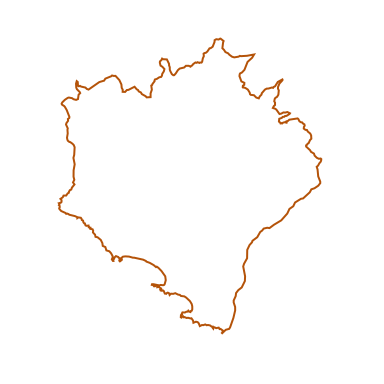 Nasca, Ica, Peru (Albers equal-area conic projection), rotated 348°
{"feature_id": "86281439B61745843991716", "entity_name": "Nasca", "entity_type": "district", "adm_level": 2, "iso_a3": "PER", "parent_name": "Peru", "parent_adm1": "Ica", "projection": "albers", "projection_center": [-75.123, -14.994], "detail": "fine", "context": "isolated", "style": "outline", "palette": "amber", "viewbox_px": 384, "rotation_deg": 348, "n_neighbors": 0, "source": "geoboundaries", "source_scale": "gbopen_adm2", "svg_char_len": 5921}
<svg xmlns="http://www.w3.org/2000/svg" viewBox="0 0 384 384"><g transform="rotate(348 192 192)"><path d="M288.1,227.0L290.6,223.7L297.2,221.3L299.3,221.4L307.1,216.8L309.3,214.2L312.6,213.8L316.8,212.1L319.3,210.0L319.6,208.4L318.7,203.0L319.5,196.0L319.2,193.3L320.8,192.4L322.5,190.4L324.0,189.3L324.8,188.2L325.3,186.7L324.8,186.0L323.0,185.9L321.2,184.5L319.5,181.9L319.3,179.8L316.7,177.4L316.2,175.7L313.1,171.3L313.3,170.1L314.2,169.8L315.1,168.8L316.2,168.5L318.3,165.7L319.8,164.7L320.3,161.4L319.8,159.4L317.8,156.9L317.3,155.2L315.9,154.8L314.5,153.2L315.0,151.6L316.0,150.6L316.0,149.2L314.7,148.0L314.3,146.9L313.0,146.4L311.8,145.2L311.2,142.8L310.6,142.0L302.2,141.5L300.7,142.4L299.6,142.5L298.5,144.7L299.0,143.0L298.3,141.9L298.6,143.3L296.7,143.0L295.1,143.2L294.3,143.7L293.8,143.2L292.9,143.3L292.8,142.4L292.1,142.0L291.7,141.0L292.6,138.5L295.2,138.2L296.3,137.4L297.9,137.6L298.8,137.0L300.3,137.2L303.7,135.9L304.2,135.4L301.9,133.6L299.9,133.7L297.9,133.2L295.6,133.9L293.8,133.9L291.8,129.3L291.0,128.1L288.6,126.6L289.9,125.0L291.3,124.2L291.8,121.8L291.3,120.4L292.3,118.1L293.1,117.3L295.0,116.6L296.7,114.8L298.0,110.7L297.6,108.8L298.0,107.1L300.1,104.1L303.2,101.9L303.9,101.2L303.8,100.7L298.8,102.2L295.2,105.9L293.8,106.2L292.9,107.0L292.0,106.4L288.3,106.7L286.6,106.4L284.6,107.0L280.8,109.9L280.2,111.2L278.1,112.6L276.8,114.3L274.5,113.0L272.7,110.2L269.7,109.2L269.1,108.4L269.1,106.7L267.9,103.4L265.9,101.4L264.4,100.5L263.7,100.5L263.4,100.0L263.9,98.6L265.4,98.0L265.9,96.1L263.3,94.1L262.5,88.5L263.2,86.6L263.7,86.0L265.7,85.5L268.7,83.4L273.4,76.3L278.7,73.2L281.3,70.4L274.1,70.2L268.1,69.3L267.1,68.8L265.7,69.3L261.3,69.1L259.3,68.0L257.0,65.4L256.2,63.9L253.8,62.1L252.8,59.5L251.6,57.7L253.5,52.2L254.3,50.9L251.9,48.0L251.5,47.8L249.8,48.4L247.5,47.6L245.7,48.2L245.2,50.0L242.4,54.2L240.1,55.2L239.0,55.1L236.2,57.8L234.5,58.7L233.0,58.7L232.1,59.1L231.8,61.6L230.4,63.5L229.0,66.7L228.2,67.4L226.7,67.0L226.1,67.3L224.4,66.2L223.4,66.6L222.3,66.0L219.8,67.1L218.4,68.3L217.4,68.5L216.6,69.1L215.1,67.9L212.3,67.3L210.2,68.6L205.6,68.7L203.5,69.9L200.7,72.7L198.9,74.0L198.0,73.9L196.8,72.5L195.9,69.2L195.7,67.7L196.2,65.3L195.9,63.4L196.2,61.9L195.0,57.1L191.3,56.1L190.5,55.3L189.4,56.7L187.8,57.6L187.4,58.9L187.5,61.8L189.0,63.3L190.6,66.0L189.5,68.2L187.5,70.2L186.8,71.9L185.8,73.0L183.8,73.0L181.0,74.1L179.2,74.2L178.5,75.1L178.4,75.9L175.8,78.1L175.3,79.0L174.3,79.4L174.0,83.6L172.0,86.9L171.2,90.6L167.3,90.0L166.6,88.7L163.3,85.8L162.7,84.0L160.8,82.5L160.4,81.0L159.3,80.1L157.7,77.1L151.0,78.9L149.5,78.7L147.4,80.2L145.0,79.6L145.5,77.5L144.9,75.5L145.3,72.1L144.2,67.4L141.3,62.5L139.6,62.2L138.0,61.4L137.0,62.0L130.8,63.1L129.2,64.8L124.2,65.2L112.1,70.3L110.5,69.3L109.5,67.7L105.4,65.8L104.5,64.9L103.4,65.1L102.8,64.8L102.6,64.2L103.1,60.6L102.3,59.6L101.1,61.9L100.5,65.8L100.8,67.5L102.9,70.8L103.2,72.0L101.3,73.3L99.8,77.4L97.8,77.8L95.4,76.6L94.2,75.3L91.2,74.0L90.0,74.1L86.8,75.4L83.7,77.4L82.8,78.6L83.0,79.5L84.9,81.4L85.4,82.4L86.5,85.8L87.7,93.1L87.3,94.1L85.8,94.8L85.6,96.6L83.5,98.5L82.8,99.8L83.7,103.9L83.1,105.3L82.6,108.9L81.0,113.0L81.0,114.9L81.2,116.0L82.5,117.6L83.3,117.9L85.1,119.9L86.1,121.5L86.5,123.8L84.5,131.2L83.1,134.0L83.0,140.5L80.7,146.2L79.3,152.5L79.4,155.6L77.6,157.9L78.6,160.2L75.5,162.7L74.4,164.5L72.9,164.8L71.6,166.3L71.4,167.1L70.1,167.5L68.2,169.3L65.6,168.8L64.5,170.3L61.9,171.4L62.7,172.8L62.3,174.6L61.7,175.1L59.5,175.3L59.9,176.1L59.1,177.2L59.6,177.7L59.5,179.3L58.7,180.3L58.8,181.1L60.1,183.4L63.9,186.2L64.4,187.2L65.3,187.1L66.6,187.9L67.2,188.7L72.4,191.2L74.5,192.7L74.4,193.7L75.5,193.2L77.9,194.1L78.4,195.3L78.4,196.5L79.5,197.3L79.5,199.2L80.1,200.3L80.7,200.5L80.9,202.5L81.6,203.1L83.8,203.3L83.7,204.3L84.2,204.8L83.9,205.2L84.5,205.5L84.7,206.5L85.3,206.3L85.3,207.1L87.0,207.8L87.3,209.2L86.7,211.0L88.3,213.6L88.3,215.8L90.2,216.6L92.8,219.9L93.7,223.4L93.5,226.2L95.8,227.8L96.1,231.3L98.8,232.8L100.1,235.1L101.0,238.2L100.9,239.3L99.6,241.2L100.3,243.0L100.8,243.1L100.8,242.1L102.1,240.9L102.4,240.0L104.3,238.9L106.4,240.3L106.6,241.1L107.3,241.6L107.3,242.7L106.6,243.9L106.9,244.8L107.6,244.8L108.3,244.0L109.0,244.0L109.4,243.3L109.1,241.9L111.0,240.9L113.4,241.1L117.0,242.1L120.6,244.0L121.7,244.2L130.1,248.0L132.6,249.9L132.9,250.6L135.9,252.5L139.3,255.5L141.2,258.0L142.0,257.7L143.3,259.1L145.7,262.9L148.3,268.9L148.0,272.8L146.2,276.3L145.6,277.0L144.4,277.2L142.0,276.4L141.1,276.6L139.5,276.1L135.2,274.2L133.7,273.9L133.4,274.5L134.6,274.9L135.3,276.4L136.3,276.5L138.2,276.0L138.6,277.2L138.3,277.9L140.1,278.0L140.5,278.9L141.8,280.0L141.5,281.1L140.7,281.1L140.8,281.8L142.1,282.4L143.0,282.1L143.8,283.0L144.3,285.7L145.7,286.2L146.1,285.7L147.4,285.4L148.5,286.3L148.7,288.1L150.3,287.1L152.4,287.7L154.6,287.5L157.1,289.5L158.7,290.1L159.6,291.4L162.8,292.5L164.3,294.0L167.3,298.3L168.4,301.4L168.5,303.7L167.9,306.8L167.0,308.1L166.0,308.2L165.5,309.1L164.3,308.4L163.7,307.3L162.8,308.1L161.7,307.9L160.0,308.4L157.6,307.8L156.7,308.9L156.8,309.8L155.6,310.1L155.0,312.2L155.6,312.7L156.5,312.0L157.5,311.8L158.0,312.9L158.7,312.8L160.5,314.1L162.0,314.2L164.3,315.4L165.2,315.4L166.3,318.0L166.2,320.2L168.9,319.7L170.5,320.5L171.3,321.9L171.8,324.8L174.1,324.2L175.4,324.6L177.4,324.3L178.7,325.4L180.0,325.4L182.0,326.3L183.3,327.9L184.5,328.0L184.7,328.6L184.1,329.4L184.4,330.0L184.8,329.2L185.9,329.0L187.3,330.2L189.9,330.2L190.5,331.8L191.4,331.8L193.3,333.9L192.6,335.7L192.0,336.1L192.2,336.4L196.4,333.8L199.9,333.6L201.2,332.2L206.3,323.8L209.6,316.8L210.3,313.4L209.8,308.8L210.2,306.8L213.1,302.9L214.1,300.0L216.9,297.6L220.8,295.7L225.2,290.1L226.4,285.5L226.6,275.5L228.0,273.0L232.1,268.3L234.0,260.1L237.3,255.8L240.2,253.7L241.0,252.3L246.4,249.8L250.4,245.3L252.6,244.3L254.5,242.7L258.1,242.6L260.3,243.4L265.3,241.1L273.4,238.3L280.7,232.9L283.8,228.8L288.1,227.0Z" fill="none" stroke="#b45309" stroke-width="2"/></g></svg>